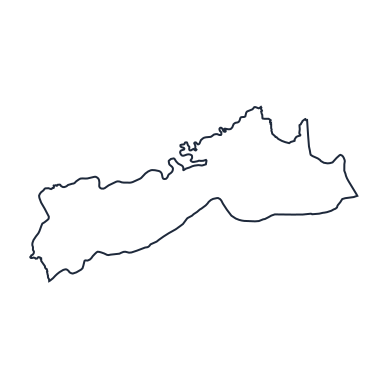 Yarang, Pattani, Thailand, rotated 87°
{"feature_id": "78962969B64545925987472", "entity_name": "Yarang", "entity_type": "district", "adm_level": 2, "iso_a3": "THA", "parent_name": "Thailand", "parent_adm1": "Pattani", "projection": "albers", "projection_center": [101.287, 6.699], "detail": "fine", "context": "isolated", "style": "outline", "palette": "slate", "viewbox_px": 384, "rotation_deg": 87, "n_neighbors": 0, "source": "geoboundaries", "source_scale": "gbopen_adm2", "svg_char_len": 6065}
<svg xmlns="http://www.w3.org/2000/svg" viewBox="0 0 384 384"><g transform="rotate(87 192 192)"><path d="M157.9,211.3L159.5,213.4L159.8,213.6L160.7,213.6L162.8,213.3L163.5,213.0L165.8,210.6L166.8,210.0L167.6,209.8L169.0,210.0L170.6,210.7L171.9,212.1L173.3,214.3L174.2,214.9L176.1,215.8L177.2,216.9L177.5,217.4L177.6,219.0L177.3,219.9L176.9,220.2L176.1,220.6L172.3,221.2L171.0,221.8L170.0,222.7L169.3,224.0L168.3,227.9L168.0,230.8L168.2,232.2L168.6,233.2L169.2,234.7L171.1,237.6L175.3,242.0L176.1,243.4L179.0,250.8L179.4,252.7L179.4,253.8L179.0,259.8L178.7,261.6L177.8,263.7L177.5,265.5L177.6,266.4L177.8,267.2L181.0,274.9L183.6,279.0L184.0,280.4L183.9,282.0L183.4,283.1L182.6,283.9L181.6,284.3L180.8,284.3L177.6,284.0L175.3,284.2L174.5,284.5L173.6,284.9L172.5,286.1L171.8,287.3L171.7,288.5L173.0,295.7L173.0,297.5L172.7,300.9L172.8,302.8L173.6,304.4L175.3,307.1L177.0,308.9L177.4,310.2L177.5,311.3L178.5,315.4L179.6,316.9L180.0,317.8L180.4,319.3L180.3,320.6L179.5,322.0L179.1,322.5L177.9,323.2L177.7,323.7L177.8,326.0L178.1,326.4L178.7,326.7L178.1,328.1L178.5,329.0L178.3,329.8L178.5,329.9L179.5,329.6L180.5,329.8L180.7,330.0L180.7,331.1L181.3,331.7L181.7,332.6L180.7,335.2L180.7,338.3L181.1,339.0L182.6,340.3L184.5,342.9L186.2,344.2L187.7,344.9L189.2,344.8L190.3,344.6L194.7,343.2L200.9,340.0L209.0,336.3L210.5,336.4L211.5,336.8L212.5,338.0L214.6,341.0L215.7,343.1L217.7,344.1L223.1,346.4L225.2,347.6L228.2,350.2L231.7,352.8L234.3,353.9L235.7,354.2L237.0,354.2L238.2,353.8L239.0,353.7L241.4,353.9L243.1,353.0L244.3,353.1L245.1,353.4L246.2,354.3L247.0,355.9L247.7,356.1L248.4,356.9L248.8,356.9L249.1,356.7L249.5,356.2L249.5,355.1L249.2,353.7L249.6,352.3L250.4,351.6L250.3,350.1L249.5,349.4L249.0,348.9L249.3,347.4L250.1,346.8L250.1,346.3L250.2,346.1L250.9,346.1L251.1,346.5L251.8,346.1L252.7,346.2L253.1,346.1L258.5,342.7L259.6,342.7L260.1,342.5L261.1,341.8L261.3,341.2L262.2,340.9L263.7,340.6L264.1,341.0L264.5,340.9L265.4,340.7L267.1,340.5L267.7,340.2L269.1,340.3L270.2,340.1L271.7,339.3L273.5,339.3L273.1,338.5L270.9,335.4L268.4,332.8L266.8,330.9L265.1,328.5L263.1,324.7L262.7,323.0L262.6,321.9L263.2,320.6L264.6,319.2L265.8,318.5L266.8,316.8L267.2,315.3L266.2,311.7L263.7,306.8L262.4,305.3L259.7,304.3L255.3,303.0L254.7,302.2L255.0,299.8L254.1,297.5L252.7,295.9L250.9,294.5L248.7,292.2L247.2,290.4L246.7,289.3L247.0,287.6L247.6,285.8L248.8,282.9L250.3,280.2L250.6,278.9L250.5,277.8L250.3,276.6L249.8,267.7L249.0,265.9L248.2,263.5L248.2,261.6L249.3,258.0L249.2,255.6L247.7,250.1L245.0,241.7L244.8,239.5L244.4,238.4L243.6,237.4L242.1,236.1L239.7,229.9L237.9,227.4L235.0,222.8L231.9,217.3L228.4,210.2L225.5,205.7L223.5,202.7L218.2,198.3L217.6,197.4L215.7,193.3L214.2,191.5L212.1,187.9L209.9,185.1L209.1,183.5L206.1,179.0L204.2,177.0L202.8,175.9L201.0,173.6L200.0,171.3L199.4,167.6L199.4,166.3L200.5,164.4L202.0,163.2L205.3,161.7L211.5,158.1L217.7,153.9L220.8,149.7L222.3,146.4L223.1,143.8L223.6,141.4L224.6,130.6L224.5,126.7L223.0,122.3L222.8,120.6L221.1,116.8L219.7,114.0L218.7,110.5L219.8,93.0L220.3,82.7L219.9,74.5L220.2,73.5L220.5,73.2L220.3,66.1L219.6,62.2L219.6,61.4L219.2,58.3L218.0,53.8L216.8,51.4L216.2,49.6L215.0,48.0L213.7,47.6L212.7,47.0L210.0,44.5L206.9,42.3L206.2,39.3L205.5,30.6L205.2,29.8L204.5,27.1L202.8,27.9L189.4,35.1L186.5,36.5L183.9,37.4L181.8,37.8L178.7,38.8L172.2,38.4L169.3,37.8L168.2,37.9L166.0,38.6L164.4,39.4L163.3,40.5L162.7,41.9L163.0,42.7L165.6,45.9L169.8,50.1L170.4,52.8L170.5,55.1L169.7,58.8L167.8,61.7L166.7,62.5L165.0,64.7L162.4,69.8L161.1,71.5L159.9,71.8L157.0,72.1L152.7,72.8L141.6,73.1L126.3,73.3L126.4,73.6L126.3,74.3L125.1,74.9L125.2,75.4L126.9,77.9L128.2,78.6L129.3,79.5L130.1,79.8L130.8,81.1L131.4,81.2L135.0,81.1L138.3,81.7L139.2,81.7L139.6,81.6L140.4,80.9L140.8,80.8L141.3,81.1L142.0,84.0L142.8,85.3L145.0,86.8L146.2,86.8L146.3,86.9L147.2,90.7L148.3,92.4L147.1,96.2L145.7,99.5L143.5,103.1L141.7,104.7L141.5,105.6L141.2,105.6L138.0,108.8L136.1,109.1L135.0,109.5L133.7,109.2L132.4,109.6L128.5,109.4L128.4,109.9L128.2,110.0L126.8,109.5L126.6,110.4L126.4,110.5L125.0,110.3L124.6,109.7L124.3,109.7L122.9,111.7L122.7,115.8L122.3,117.6L121.9,117.8L118.7,117.8L117.4,118.3L115.2,118.7L114.6,117.8L114.4,117.8L113.1,118.6L112.2,118.7L111.4,118.3L110.6,118.7L111.8,120.5L111.9,121.1L110.6,124.0L110.5,125.3L112.6,127.3L114.4,132.6L115.0,133.3L115.9,133.8L119.3,134.8L119.8,136.0L119.8,138.3L120.1,139.4L120.8,139.9L123.1,140.7L124.3,141.6L124.9,142.7L125.2,145.1L126.0,146.4L126.4,146.9L129.6,148.4L131.0,149.9L131.2,150.5L131.3,151.5L131.2,152.8L130.5,155.6L130.5,156.1L130.6,156.4L131.1,156.8L131.5,156.8L131.9,156.5L132.6,155.2L133.2,155.2L133.5,155.5L133.6,156.0L133.1,157.3L130.5,158.4L129.6,159.1L129.3,159.8L129.4,160.5L130.1,161.2L131.3,161.3L132.6,160.8L133.9,159.7L134.3,159.6L136.0,159.7L136.6,160.2L136.5,161.7L135.5,163.9L135.5,165.6L135.8,167.1L137.6,169.7L137.9,170.5L138.1,175.2L138.4,177.0L139.1,178.4L140.7,180.4L144.0,182.0L144.5,182.6L144.7,183.0L144.7,183.6L144.5,184.0L142.8,185.4L142.6,186.1L142.7,186.6L143.0,187.0L143.5,187.2L144.9,186.6L146.4,186.2L148.6,186.5L149.9,185.3L150.1,185.4L150.7,186.1L150.5,186.7L149.1,188.4L150.4,191.0L150.2,192.1L149.8,192.4L148.9,192.6L147.1,192.3L146.6,192.4L145.7,193.2L144.9,193.7L142.6,194.3L142.2,194.6L142.1,195.4L142.2,196.2L142.5,196.5L143.7,197.1L144.0,197.5L144.2,200.1L144.5,201.0L145.4,201.2L146.1,200.9L146.7,200.0L147.4,198.1L147.7,197.7L148.2,197.4L148.8,197.5L149.2,197.8L149.9,200.6L150.4,201.2L151.0,201.6L151.9,201.8L153.1,201.5L154.1,201.0L154.9,200.3L155.2,199.7L155.3,198.4L154.3,194.9L154.2,193.4L154.5,191.9L155.2,190.6L155.5,190.3L156.0,190.1L157.9,190.1L158.6,190.4L160.0,191.6L160.4,191.7L160.8,191.5L161.4,190.9L162.0,189.8L162.1,188.7L161.6,185.0L161.1,183.5L161.2,182.5L161.4,181.7L161.4,179.2L160.7,176.4L161.2,176.0L161.6,175.9L165.1,176.7L166.0,180.2L166.0,181.3L165.6,183.2L165.5,184.6L165.8,188.2L166.3,190.4L167.4,193.2L168.3,196.7L169.7,199.1L169.7,199.4L169.4,199.6L168.1,199.4L167.2,199.4L165.8,200.0L165.0,200.8L163.0,204.2L160.7,206.2L157.9,207.8L157.5,208.5L157.9,211.3Z" fill="none" stroke="#1e293b" stroke-width="2"/></g></svg>